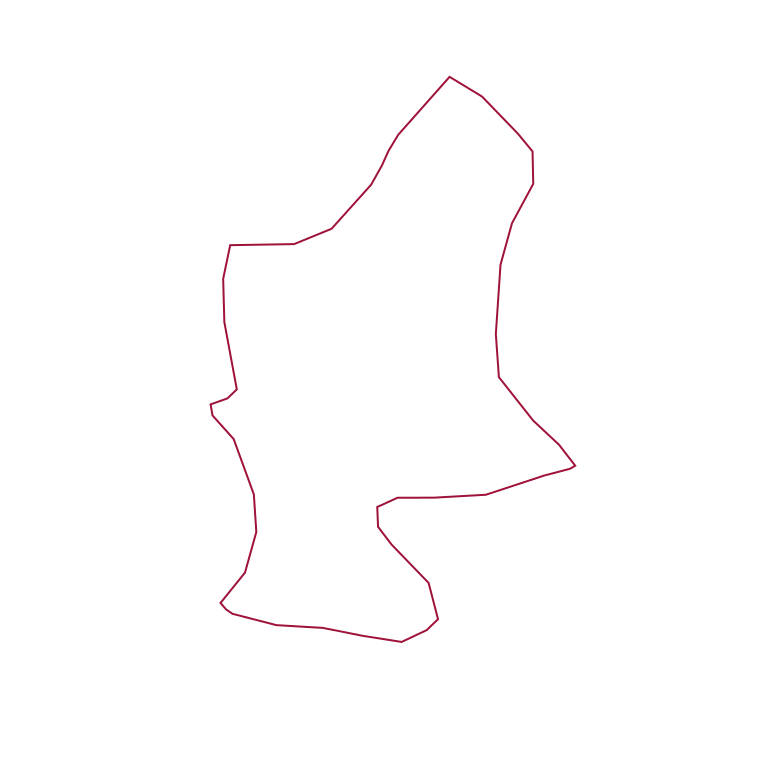 North Ayshire, Mercator projection, rotated 46°
{"feature_id": "GBR-2006", "entity_name": "North Ayshire", "entity_type": "Unitary District", "adm_level": 1, "iso_a3": "GBR", "parent_name": "United Kingdom", "parent_adm1": "", "projection": "mercator", "projection_center": [-4.697, 55.716], "detail": "fine", "context": "isolated", "style": "outline", "palette": "rose", "viewbox_px": 768, "rotation_deg": 46, "n_neighbors": 0, "source": "natural_earth", "source_scale": "10m", "svg_char_len": 813}
<svg xmlns="http://www.w3.org/2000/svg" viewBox="0 0 768 768"><g transform="rotate(46 384 384)"><path d="M427.9,653.7L427.7,651.8L423.1,615.0L401.8,578.7L373.0,554.3L319.2,530.4L287.5,529.2L278.2,522.9L285.6,506.6L285.6,493.6L228.5,455.8L196.6,426.6L177.3,398.2L220.9,351.5L235.9,313.9L231.7,254.8L225.4,233.8L219.4,218.7L214.6,200.6L208.7,124.8L208.6,123.5L210.8,122.9L245.3,113.8L297.1,113.8L319.9,115.6L343.7,137.6L357.3,180.3L379.1,217.3L425.8,268.9L458.9,296.6L513.9,302.1L549.3,300.3L575.6,303.2L574.2,309.1L574.0,309.4L561.1,332.4L534.4,387.7L500.4,427.1L475.2,453.3L467.8,474.3L482.6,487.5L504.8,490.1L534.4,490.1L558.1,490.1L590.7,508.5L590.7,524.2L581.8,550.5L550.7,574.0L516.7,597.6L510.9,603.0L482.6,629.0L444.1,652.6L436.5,654.2L427.9,653.7Z" fill="none" stroke="#9f1239" stroke-width="2"/></g></svg>